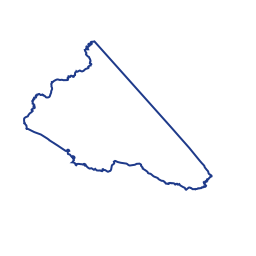 the district of Padilla, Cauca, Colombia, rotated 300°
{"feature_id": "7082276B60306197316687", "entity_name": "Padilla", "entity_type": "district", "adm_level": 2, "iso_a3": "COL", "parent_name": "Colombia", "parent_adm1": "Cauca", "projection": "equal_earth", "projection_center": [-76.342, 3.186], "detail": "fine", "context": "isolated", "style": "outline", "palette": "blue", "viewbox_px": 256, "rotation_deg": 300, "n_neighbors": 0, "source": "geoboundaries", "source_scale": "gbopen_adm2", "svg_char_len": 5615}
<svg xmlns="http://www.w3.org/2000/svg" viewBox="0 0 256 256"><g transform="rotate(300 128 128)"><path d="M128.7,223.0L128.7,221.3L129.0,220.5L130.1,219.5L130.8,218.4L131.0,217.5L132.0,214.9L132.7,213.6L133.3,213.1L133.7,212.1L134.5,209.4L135.7,206.0L141.4,191.0L145.8,177.9L149.8,166.1L186.2,55.6L185.3,54.7L184.4,53.3L184.1,53.0L183.6,52.9L183.3,53.1L183.1,54.2L182.9,54.5L182.2,54.5L182.0,54.4L181.6,52.2L181.1,51.8L180.6,51.9L180.6,53.6L180.4,53.7L179.9,53.5L179.3,53.0L178.5,53.1L178.4,53.0L178.1,51.5L177.9,51.3L177.7,51.3L177.1,52.1L176.6,53.6L176.2,54.1L175.9,53.6L176.1,53.0L176.4,52.2L176.4,51.9L174.6,52.2L174.0,51.6L173.6,52.0L173.0,52.8L172.4,54.1L172.2,54.4L171.8,54.6L171.0,54.6L170.6,55.0L170.4,55.9L169.9,57.3L170.0,58.3L169.9,58.9L169.2,59.6L168.7,60.6L167.9,61.5L167.2,62.1L166.2,62.1L165.0,62.6L165.0,63.0L165.2,63.5L165.1,64.1L164.9,64.3L164.2,64.0L163.5,64.4L163.1,63.9L162.2,63.3L161.1,62.9L160.6,63.2L160.4,63.7L160.1,63.6L159.9,63.6L158.2,62.0L157.0,61.4L155.2,60.9L154.0,59.9L153.7,58.7L153.8,58.1L153.6,57.4L152.8,56.9L152.1,56.4L151.6,56.2L151.1,55.2L151.2,54.9L150.6,55.0L150.0,54.6L149.7,54.6L149.1,54.7L147.3,55.7L146.2,55.0L145.6,55.4L145.3,55.4L145.0,55.2L144.8,54.6L144.8,54.4L145.1,53.6L145.0,52.9L144.7,52.4L144.1,52.2L143.4,52.4L143.2,52.1L143.2,51.6L143.2,51.1L143.1,50.8L142.3,51.3L142.1,51.3L141.8,50.7L141.6,50.6L141.3,50.9L141.2,51.4L140.9,51.4L140.5,51.1L140.3,51.1L139.9,51.8L139.4,51.8L138.8,50.9L137.2,48.3L136.7,46.6L135.5,45.0L135.0,43.0L134.7,42.5L134.0,41.8L132.3,40.7L131.3,40.2L130.4,40.0L130.1,39.7L130.0,39.2L129.8,39.0L129.4,39.2L128.6,39.7L128.2,39.7L127.8,39.5L127.6,39.6L126.9,40.3L125.7,40.9L124.8,42.1L123.8,42.8L121.4,43.1L120.7,43.5L120.0,43.8L118.9,43.9L116.3,44.4L115.6,44.3L115.1,44.0L114.4,43.4L113.8,42.4L113.6,41.5L114.1,40.2L113.9,39.0L113.9,38.8L114.2,38.6L114.3,38.2L113.9,37.8L114.1,37.0L113.4,36.6L112.9,35.8L113.1,34.1L112.9,33.8L112.2,33.6L111.7,32.6L111.0,32.5L110.7,32.8L110.4,32.8L110.2,32.0L109.8,32.0L109.4,32.2L108.5,33.0L108.2,32.7L107.3,31.5L107.0,31.6L106.8,32.1L106.5,32.4L106.2,32.3L105.6,31.6L105.1,31.6L104.6,32.2L104.3,32.2L103.9,31.7L103.5,31.6L103.2,31.8L102.9,32.4L102.3,32.8L101.4,33.2L101.4,33.4L101.6,33.8L101.6,34.1L101.0,34.9L101.0,35.4L100.5,35.7L100.3,35.3L99.7,35.2L99.4,35.4L99.4,35.8L99.6,36.0L99.7,36.4L99.1,36.6L98.9,37.1L98.6,37.1L97.9,36.6L97.2,35.7L96.6,35.7L95.9,35.4L95.5,35.4L95.2,35.8L95.5,36.1L95.4,36.6L95.1,36.9L94.7,36.6L93.5,36.6L92.7,36.1L91.5,35.6L89.8,35.3L88.0,35.4L86.4,34.1L85.0,33.4L84.1,33.4L82.6,34.2L80.8,35.5L80.3,35.7L80.6,36.3L79.9,37.0L79.4,38.7L77.4,40.3L76.7,40.3L76.5,40.8L77.1,41.7L77.2,42.2L77.5,47.2L77.6,48.9L78.8,55.8L78.5,63.5L78.3,65.4L78.0,66.1L78.1,66.6L78.0,67.7L77.6,76.4L77.2,82.2L77.0,85.3L77.2,86.0L77.6,86.3L78.6,86.4L79.1,86.7L79.4,87.5L79.0,88.4L78.8,88.6L78.5,88.4L78.3,87.6L77.9,87.5L76.4,88.2L75.5,89.1L75.5,89.3L75.8,90.2L75.9,90.6L75.8,91.3L74.7,94.1L74.7,94.5L74.8,94.7L75.3,94.7L76.1,94.5L76.2,95.2L76.2,95.8L75.8,96.3L75.5,96.6L75.1,96.6L74.9,96.4L74.7,95.7L74.3,95.4L74.0,95.6L74.0,96.1L73.7,96.8L73.0,97.3L72.0,97.0L70.9,97.1L70.4,96.9L70.8,97.7L71.0,99.4L70.8,99.9L69.9,101.1L69.8,101.8L70.1,101.9L70.7,101.5L70.9,101.4L71.3,101.7L72.3,103.3L73.1,105.3L73.3,105.6L73.7,106.6L73.8,107.4L74.3,107.6L74.7,107.6L75.0,107.9L75.1,108.3L75.2,109.3L74.9,109.8L74.7,109.8L74.3,109.2L74.1,109.2L73.9,109.4L73.9,109.8L74.4,110.3L74.4,110.7L73.9,112.0L73.7,112.9L73.6,114.8L73.9,115.4L74.7,116.2L74.9,116.6L74.8,118.8L74.8,119.4L75.1,119.6L76.2,120.0L75.8,121.3L75.7,122.3L76.7,124.3L77.3,124.9L77.4,126.4L77.7,127.2L78.2,127.3L78.4,127.2L78.8,126.9L79.3,126.6L79.6,126.6L79.9,126.9L79.9,127.2L79.5,127.7L79.5,128.2L80.1,129.2L80.1,130.5L80.0,132.1L80.2,132.6L80.9,133.2L81.6,133.6L81.9,134.0L82.5,134.2L83.7,134.1L87.1,132.9L87.6,132.8L88.4,132.9L89.3,133.5L90.5,133.7L91.0,133.5L91.8,132.6L93.0,133.2L93.2,133.7L93.3,135.5L93.5,136.5L94.3,139.2L96.4,144.5L96.4,145.5L96.2,146.5L96.2,147.6L96.4,148.3L99.5,152.2L100.1,152.7L101.2,153.3L102.9,155.8L102.9,156.4L102.8,157.6L101.8,158.2L101.7,158.5L101.6,159.1L101.2,159.7L101.1,160.4L100.7,160.8L100.2,161.0L100.1,164.2L99.9,166.0L99.7,166.9L99.0,167.9L99.1,169.0L99.6,170.3L99.6,170.7L99.4,172.0L99.0,174.0L99.0,174.5L99.0,175.1L99.4,177.5L99.5,178.9L99.0,180.0L99.0,182.2L99.1,183.5L99.7,184.7L99.7,185.2L99.7,186.5L99.3,186.9L99.3,187.7L98.8,188.5L98.9,189.0L99.5,189.6L99.5,190.6L99.7,191.0L99.9,191.2L100.7,191.0L100.9,191.1L101.1,191.6L101.5,191.9L101.8,193.2L102.0,193.5L102.3,193.6L102.4,194.2L103.0,195.3L103.0,196.0L102.6,196.9L102.7,197.3L103.2,197.6L103.7,197.6L103.8,197.7L103.8,198.1L104.3,198.7L104.2,198.9L103.9,199.2L103.9,199.7L104.0,199.8L105.1,200.4L105.0,200.7L104.4,201.9L104.4,205.3L104.6,207.0L103.6,208.6L103.6,209.2L103.7,209.3L105.3,209.8L107.0,210.6L107.4,211.5L107.3,212.2L107.6,212.9L107.4,213.6L107.4,214.7L108.4,216.2L108.5,217.0L108.8,217.2L109.1,217.2L109.3,217.6L109.7,218.2L110.9,218.9L110.9,219.4L111.3,219.8L111.6,220.3L112.0,220.5L112.4,221.3L112.7,221.5L113.4,221.5L113.7,221.9L113.7,222.2L114.1,222.5L114.4,222.9L114.7,222.9L115.1,222.7L115.3,222.8L115.4,223.1L115.3,223.8L115.6,224.2L116.3,224.5L117.0,224.5L117.3,223.8L117.9,221.7L118.3,221.4L118.9,220.7L119.2,220.8L119.2,221.2L119.0,221.7L119.1,222.1L119.4,222.2L119.8,222.0L120.2,222.3L120.5,221.9L120.8,221.8L121.0,222.2L120.9,222.8L121.1,223.0L121.6,222.8L122.0,223.0L122.6,222.2L123.0,222.1L123.4,222.3L123.5,222.9L123.8,223.2L125.3,223.3L126.6,223.8L127.2,223.6L127.5,224.1L127.9,223.8L128.0,223.8L128.2,224.3L128.5,224.1L128.5,223.3L128.6,223.1L128.7,223.0Z" fill="none" stroke="#1e3a8a" stroke-width="2"/></g></svg>